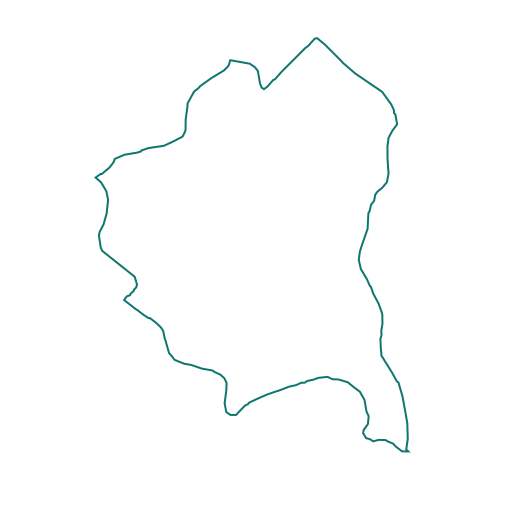 San José Pinula, Guatemala (orthographic projection), rotated 84°
{"feature_id": "79465075B29005595464714", "entity_name": "San José Pinula", "entity_type": "district", "adm_level": 2, "iso_a3": "GTM", "parent_name": "Guatemala", "parent_adm1": "", "projection": "orthographic", "projection_center": [-90.33, 14.549], "detail": "fine", "context": "isolated", "style": "outline", "palette": "teal", "viewbox_px": 512, "rotation_deg": 84, "n_neighbors": 0, "source": "geoboundaries", "source_scale": "gbopen_adm2", "svg_char_len": 2358}
<svg xmlns="http://www.w3.org/2000/svg" viewBox="0 0 512 512"><g transform="rotate(84 256 256)"><path d="M161.2,407.3L166.1,402.8L167.3,402.0L175.9,398.1L184.6,397.2L194.8,399.4L197.9,400.0L208.6,404.3L215.8,409.0L219.1,410.1L231.5,409.5L234.8,408.4L237.3,405.9L264.0,378.8L272.1,377.3L274.8,378.5L276.9,381.1L278.0,381.3L280.4,384.7L281.8,385.3L282.6,388.6L286.0,391.8L296.9,380.5L297.5,379.4L299.2,377.8L303.0,373.7L306.6,369.3L306.6,368.1L311.8,362.5L317.3,357.9L320.9,356.1L327.9,355.5L330.7,354.8L332.6,354.5L343.5,352.6L347.3,349.9L350.7,347.9L355.6,338.8L357.5,332.0L362.3,321.7L365.4,311.0L366.9,309.6L370.1,304.0L374.2,300.3L379.2,298.5L386.2,299.5L399.2,302.6L408.0,301.9L411.4,298.0L412.0,292.5L403.6,282.6L402.5,279.4L401.2,278.4L399.4,273.2L397.7,268.3L394.9,259.3L392.8,250.3L392.2,247.1L389.4,236.8L388.6,229.6L386.8,224.2L387.1,220.7L385.7,218.3L384.9,211.3L383.7,206.9L383.7,197.4L386.6,192.7L387.3,187.2L391.1,178.0L396.4,172.7L401.8,166.9L410.5,163.1L422.2,162.4L427.0,160.7L434.7,162.2L440.4,167.2L443.3,168.0L448.6,165.6L450.3,161.4L451.2,160.5L452.6,158.7L451.7,153.4L452.6,146.3L454.1,144.5L456.9,139.3L458.3,138.3L460.4,136.6L465.6,131.1L466.3,125.0L464.0,126.8L453.8,124.2L438.1,123.0L425.0,123.9L410.9,125.0L396.9,127.5L395.2,129.1L386.4,132.8L377.4,137.1L375.2,138.3L373.5,139.1L371.0,140.2L368.5,141.6L360.2,141.5L351.4,140.9L347.6,139.4L343.5,139.2L336.5,137.3L327.1,136.5L324.1,137.1L316.1,139.1L305.4,143.4L298.6,144.9L297.9,145.8L290.7,148.1L279.9,153.1L270.6,154.2L262.7,152.3L256.4,149.6L240.7,142.2L225.0,139.7L223.4,138.4L217.2,136.3L213.3,132.7L207.7,131.1L204.6,128.4L201.5,123.5L196.4,118.2L189.8,116.1L188.1,115.6L174.8,115.1L172.7,115.0L160.8,113.8L152.3,111.8L145.4,107.1L139.8,101.9L129.8,102.6L128.2,103.8L125.3,103.6L119.3,105.7L105.9,113.4L85.0,138.1L73.2,149.2L69.6,151.9L52.8,165.5L45.7,172.5L46.0,174.9L52.6,182.2L54.3,185.2L75.4,211.2L82.3,218.8L82.7,220.4L88.9,227.2L90.9,230.6L89.1,232.8L84.6,234.0L72.3,234.8L68.3,237.2L66.3,239.5L64.1,242.1L58.6,261.1L63.9,263.4L68.1,268.4L74.3,281.6L81.1,293.6L83.3,296.0L86.0,300.4L97.1,308.1L100.0,308.5L113.0,311.7L123.5,312.9L126.1,314.3L129.6,316.6L133.5,326.5L136.8,336.2L137.4,351.6L139.1,359.0L140.0,359.6L140.8,363.7L141.5,376.1L144.6,386.2L147.9,387.9L152.5,392.2L158.4,400.8L158.2,402.0L161.2,407.3Z" fill="none" stroke="#0f766e" stroke-width="2"/></g></svg>